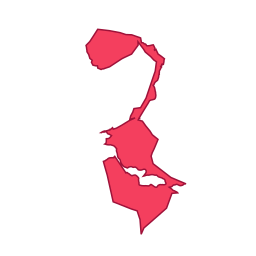 San Bartolo Soyaltepec, Oaxaca, Mexico (Mercator projection), rotated 121°
{"feature_id": "50627088B5288968218075", "entity_name": "San Bartolo Soyaltepec", "entity_type": "district", "adm_level": 2, "iso_a3": "MEX", "parent_name": "Mexico", "parent_adm1": "Oaxaca", "projection": "mercator", "projection_center": [-97.319, 17.577], "detail": "fine", "context": "isolated", "style": "filled", "palette": "rose", "viewbox_px": 256, "rotation_deg": 121, "n_neighbors": 0, "source": "geoboundaries", "source_scale": "gbopen_adm2", "svg_char_len": 5193}
<svg xmlns="http://www.w3.org/2000/svg" viewBox="0 0 256 256"><g transform="rotate(121 128 128)"><path d="M146.0,49.5L147.2,57.9L148.3,65.8L145.7,88.1L140.2,93.7L136.7,94.5L132.4,94.9L126.1,95.8L122.3,96.4L121.3,103.7L119.3,107.6L116.9,114.3L114.7,119.2L115.9,123.4L113.6,123.6L113.6,123.1L113.1,123.4L113.0,123.6L105.5,123.6L96.4,123.5L93.4,123.6L92.8,123.1L92.2,122.7L91.4,121.8L90.6,121.0L89.7,120.2L89.2,120.0L88.2,120.0L87.6,120.1L86.9,120.4L85.9,120.8L84.8,121.6L84.1,122.2L83.0,122.9L82.5,123.6L81.4,124.5L79.6,126.2L78.4,128.5L77.9,128.2L77.3,128.1L76.7,128.3L76.1,128.3L75.4,128.4L74.3,128.2L73.8,128.0L73.0,127.7L71.9,127.3L71.2,127.4L70.3,127.6L68.8,127.9L67.9,128.3L67.3,128.6L66.5,128.9L65.9,128.8L65.5,129.2L64.5,129.6L63.7,130.1L63.1,130.4L62.3,130.5L60.6,130.6L60.4,130.6L59.0,130.8L58.6,130.7L58.6,131.0L58.5,131.6L58.4,131.6L58.4,131.4L58.1,131.3L57.9,131.2L57.5,131.5L56.8,131.6L56.7,131.5L56.7,131.3L56.4,131.3L56.4,131.6L56.2,131.8L55.8,131.8L55.5,131.0L55.4,131.0L55.4,130.9L55.2,130.9L55.1,130.5L52.8,131.3L51.0,132.2L49.9,132.4L49.4,136.3L49.1,140.3L46.2,144.6L47.6,145.1L47.5,145.5L47.2,145.7L46.9,145.5L46.4,145.6L46.0,146.1L45.5,146.3L43.7,149.1L44.3,149.9L45.0,150.6L46.1,151.7L46.8,152.6L47.4,153.4L47.8,154.3L47.6,154.9L47.3,155.4L47.0,156.2L47.3,156.8L47.5,157.6L47.3,158.1L47.2,158.7L47.4,159.4L47.6,159.9L47.9,160.4L44.3,163.6L46.2,172.8L49.0,177.9L50.4,184.0L54.2,194.2L59.0,204.8L66.3,205.0L71.8,205.2L73.7,205.3L78.8,206.5L80.5,204.9L80.8,204.7L81.5,204.2L82.6,203.2L83.8,202.4L85.3,199.5L88.0,196.5L88.4,193.6L90.5,193.2L92.2,190.4L91.3,187.6L90.4,186.2L92.2,184.8L91.7,181.2L90.6,180.4L90.2,180.0L89.8,179.2L89.2,178.9L85.0,175.3L80.0,172.9L71.9,169.0L69.5,167.5L62.8,163.0L51.8,162.0L49.0,163.8L52.4,155.3L54.0,152.3L55.1,145.3L56.4,141.0L56.6,137.7L65.4,133.9L67.9,133.4L93.2,127.9L94.6,127.9L104.1,127.7L108.3,132.9L111.9,132.1L116.4,131.9L119.6,130.9L115.7,127.1L120.6,130.5L129.9,135.4L134.2,137.9L136.6,140.1L135.7,141.4L138.3,142.3L138.5,142.7L138.8,142.5L139.2,142.6L139.6,143.4L140.0,143.6L141.1,144.6L142.4,145.9L142.4,146.2L142.5,146.4L143.8,147.6L145.4,148.5L145.8,148.7L145.6,148.3L145.4,148.2L145.1,148.1L144.7,147.9L144.4,147.7L144.2,147.5L144.1,146.9L143.8,146.3L143.3,146.0L142.9,145.5L142.5,144.8L142.5,144.1L142.9,143.4L143.3,142.6L143.3,141.8L143.1,141.3L142.9,140.6L143.0,139.9L143.0,138.2L143.9,138.3L145.2,138.5L146.2,138.8L146.7,139.1L147.3,139.6L147.8,140.2L148.0,140.7L148.2,140.9L148.5,141.1L149.0,140.7L150.1,140.0L151.1,139.5L151.6,139.3L152.4,139.1L153.1,139.3L153.7,139.6L153.4,138.5L153.1,137.4L152.7,136.5L152.2,135.5L151.8,134.9L151.5,134.6L151.1,133.4L151.0,132.7L150.7,131.9L150.6,130.2L150.9,129.3L151.0,129.1L151.2,128.2L151.6,127.5L151.7,127.0L152.3,126.8L153.6,126.1L154.3,125.3L154.8,124.7L155.7,123.8L156.8,122.9L157.9,122.0L158.7,120.6L158.9,119.6L159.1,118.8L159.6,118.1L161.3,116.4L162.3,114.5L163.0,112.5L163.1,111.7L163.1,111.1L163.1,110.3L162.8,109.7L162.8,109.4L162.7,108.9L162.7,108.4L162.7,108.1L162.3,107.7L161.3,107.3L160.8,106.9L159.9,106.0L159.5,105.4L159.3,105.0L159.2,104.2L159.1,103.5L158.9,103.1L158.6,102.7L158.2,102.3L157.8,101.8L157.7,101.0L157.7,100.3L157.9,99.3L158.2,98.5L158.5,97.7L158.2,96.6L157.4,95.2L156.5,94.3L155.7,93.7L155.2,93.2L154.7,92.3L154.7,91.5L155.2,90.5L156.7,89.6L159.1,89.7L161.3,90.0L160.9,89.6L160.6,89.3L160.2,88.9L159.5,88.4L159.2,88.1L158.3,87.0L158.1,86.6L157.9,86.2L157.2,85.3L156.4,84.5L155.7,83.6L155.3,82.9L155.0,82.2L154.9,81.8L154.8,81.2L154.6,80.9L154.4,80.3L154.1,79.9L153.7,79.3L153.8,78.3L154.1,77.3L154.1,76.5L153.9,75.7L153.7,74.6L153.5,74.0L153.3,73.3L153.4,72.8L153.4,72.1L153.3,71.5L153.2,71.0L153.3,70.4L153.4,69.9L153.7,69.4L154.2,68.9L154.7,68.6L155.2,67.8L155.5,67.4L155.8,67.0L156.4,66.7L157.1,66.9L157.3,67.1L158.2,68.0L158.6,69.0L158.9,69.5L159.4,70.1L159.7,70.9L160.1,71.5L161.0,72.2L161.6,72.6L162.6,72.7L163.5,72.8L164.0,73.0L164.4,73.5L164.7,74.8L164.6,76.7L164.5,77.9L164.5,78.5L164.5,79.0L164.6,79.3L165.2,79.6L166.3,80.0L166.9,80.3L167.7,81.8L168.1,82.6L168.4,83.2L169.1,84.2L169.8,85.5L170.4,86.7L170.7,87.9L171.0,88.6L171.0,89.0L170.8,89.3L170.3,89.8L169.4,90.2L168.9,90.7L168.3,91.3L166.7,92.5L166.1,92.7L165.5,93.0L165.3,93.4L164.7,95.1L164.6,96.1L164.5,96.7L164.5,97.0L164.6,97.6L165.0,98.2L165.7,99.0L166.1,99.4L166.4,99.7L166.7,99.9L166.9,100.2L167.0,101.7L166.7,103.6L166.8,104.6L166.7,105.1L166.6,105.6L166.7,106.1L167.6,106.6L159.1,124.8L159.6,125.0L160.0,125.0L160.4,124.9L160.8,124.8L161.0,125.2L161.9,126.8L162.5,127.6L163.2,128.5L164.0,129.1L164.7,129.4L165.5,129.6L166.3,130.0L166.6,130.2L167.0,130.4L167.2,130.5L167.7,130.6L169.3,131.9L172.0,129.1L179.1,121.5L198.9,102.7L195.7,83.5L194.3,77.5L199.8,71.1L200.2,70.6L212.3,62.0L205.5,62.9L199.1,60.8L176.9,53.7L161.4,56.7L158.0,52.0L157.8,52.5L157.8,52.9L157.8,53.4L157.8,54.0L157.9,54.9L157.9,55.8L158.1,56.5L158.2,57.4L158.1,57.9L157.9,58.6L157.8,59.1L157.5,62.1L156.3,60.8L155.7,60.3L155.1,60.1L154.7,60.1L153.5,59.7L153.2,59.2L152.7,58.7L152.5,58.4L151.4,57.5L151.0,56.8L150.9,55.9L150.8,55.4L150.8,54.6L150.6,53.8L150.3,53.1L149.9,52.7L149.4,52.2L148.7,51.6L148.1,51.5L147.5,51.1L146.9,51.0L146.0,49.5Z" fill="#f43f5e" stroke="#9f1239" stroke-width="1.5"/></g></svg>